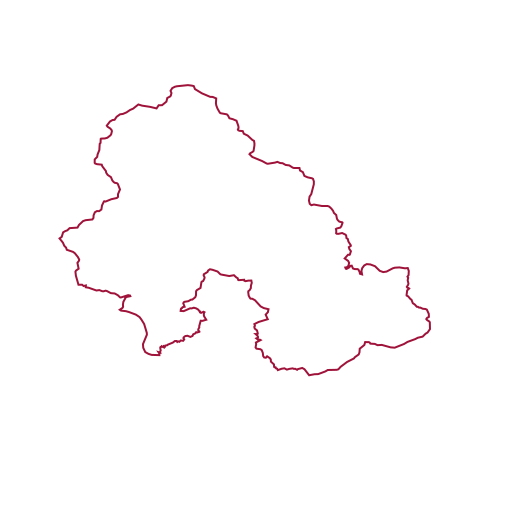 outline of Tran Yen, Yên Bái, Vietnam, rotated 113°
{"feature_id": "81297802B887089272157", "entity_name": "Tran Yen", "entity_type": "district", "adm_level": 2, "iso_a3": "VNM", "parent_name": "Vietnam", "parent_adm1": "Yên Bái", "projection": "natural_earth1", "projection_center": [104.812, 21.705], "detail": "fine", "context": "isolated", "style": "outline", "palette": "rose", "viewbox_px": 512, "rotation_deg": 113, "n_neighbors": 0, "source": "geoboundaries", "source_scale": "gbopen_adm2", "svg_char_len": 6137}
<svg xmlns="http://www.w3.org/2000/svg" viewBox="0 0 512 512"><g transform="rotate(113 256 256)"><path d="M387.8,313.4L385.0,306.2L383.4,307.0L382.6,308.2L382.4,306.3L381.5,306.9L380.3,306.8L377.9,308.3L376.9,308.3L376.5,307.3L375.9,307.4L376.1,305.1L375.0,305.5L375.0,304.4L373.9,304.5L372.8,302.8L372.1,302.6L368.2,298.7L366.0,297.5L365.3,295.9L365.9,294.9L365.0,294.4L364.9,293.0L363.2,292.3L362.5,289.9L360.8,289.5L360.0,290.7L359.3,290.8L357.9,290.2L357.2,289.6L356.2,287.9L356.1,284.8L354.4,283.2L352.6,283.2L350.9,281.6L349.5,281.3L349.4,280.3L347.9,278.5L347.6,278.6L347.1,280.0L346.0,280.5L343.9,280.3L342.6,280.9L337.2,281.6L336.6,279.9L334.1,276.9L331.8,280.2L330.7,281.0L328.6,281.7L327.9,281.5L327.8,282.5L329.7,284.2L329.9,285.0L329.7,285.6L328.9,285.8L328.9,286.5L327.9,288.3L327.6,290.6L327.9,293.0L329.4,294.8L329.9,296.2L335.0,301.0L336.0,303.9L334.6,304.3L333.6,304.4L332.7,303.7L331.8,303.6L330.6,301.9L327.9,304.5L326.8,304.4L326.1,303.9L324.0,300.6L321.7,298.9L320.9,297.5L317.7,295.8L315.6,295.9L311.8,297.4L310.5,297.1L307.1,294.6L301.5,296.0L300.9,296.0L299.7,294.9L296.9,294.7L295.7,295.0L294.2,296.7L293.2,296.9L289.7,294.4L288.1,294.4L286.2,293.2L285.7,290.7L285.3,285.3L286.7,281.8L286.7,281.0L284.9,272.8L282.3,268.8L283.4,265.8L283.6,264.2L285.0,263.0L285.0,262.5L282.5,257.6L283.3,257.1L283.3,255.9L281.7,253.5L280.4,250.7L282.4,249.4L285.2,249.1L287.6,248.2L289.8,248.5L291.4,249.3L292.2,249.1L295.3,247.3L296.8,245.5L297.4,244.4L296.8,242.7L297.1,239.7L300.6,232.0L300.9,228.5L300.1,223.7L303.1,223.1L306.2,224.2L309.6,220.5L315.6,227.7L319.3,230.9L320.7,229.7L321.9,229.9L323.3,228.8L324.1,226.0L326.6,224.1L326.9,224.0L327.5,224.6L328.0,225.8L328.8,223.6L329.7,222.5L330.4,222.3L331.7,223.5L332.2,221.6L331.5,219.5L331.6,218.9L335.7,222.3L337.0,221.4L340.3,220.7L341.1,219.4L340.1,215.5L340.4,214.0L342.5,211.9L345.3,210.3L346.2,208.8L345.8,207.2L344.0,206.6L344.6,203.4L345.4,202.0L347.4,201.0L348.8,197.1L351.0,196.0L351.2,195.3L350.8,194.5L351.6,193.7L351.5,192.5L352.5,191.3L349.8,188.4L348.3,186.0L348.5,183.2L346.8,181.1L345.1,178.3L345.1,177.0L344.5,175.8L344.7,173.7L343.8,173.3L341.0,169.7L341.3,167.1L345.0,160.5L342.0,156.0L340.4,152.6L335.2,147.1L332.9,145.4L329.2,137.2L328.1,135.9L324.9,134.8L318.0,130.8L312.0,125.8L310.6,125.5L306.5,123.0L304.3,123.1L300.8,124.3L295.6,121.5L292.6,121.9L291.2,118.5L291.3,117.4L292.0,116.5L290.5,112.3L290.6,109.3L288.7,105.5L287.5,96.4L286.2,92.5L279.1,85.3L275.9,83.0L270.3,77.0L268.0,75.1L265.1,71.1L261.2,69.5L259.5,68.2L255.3,67.3L249.1,70.1L248.6,70.8L248.1,73.5L247.5,74.6L246.0,74.3L244.7,73.1L244.1,73.2L241.7,74.4L238.6,77.8L238.6,79.4L239.4,81.9L239.3,84.6L239.8,85.8L239.5,87.1L239.9,88.1L238.6,90.9L238.2,93.2L235.5,95.8L235.2,97.2L233.7,100.2L233.6,101.8L233.3,102.1L228.6,103.4L226.1,102.3L225.9,103.0L226.0,104.3L225.5,105.1L223.0,104.7L221.8,104.9L219.1,106.9L216.6,107.4L215.9,108.5L214.0,108.1L210.1,109.5L207.8,111.6L209.1,114.0L210.5,119.6L212.5,123.6L213.9,125.3L219.3,129.7L221.1,132.6L221.3,136.3L218.9,142.5L219.1,147.5L220.2,150.9L222.4,152.7L225.7,153.5L228.6,153.1L231.5,151.2L231.7,153.4L230.3,154.3L228.5,156.4L228.4,157.3L229.5,160.1L229.6,161.9L227.5,164.1L228.1,165.2L230.0,165.7L232.5,167.6L232.6,168.4L231.7,169.3L230.9,168.0L228.9,167.1L225.9,167.6L224.5,169.3L223.6,173.4L218.9,171.8L218.3,170.3L217.8,170.2L214.5,170.5L213.1,172.8L211.6,174.0L209.7,172.7L209.1,172.9L206.6,176.6L204.5,178.1L204.2,179.7L202.1,180.9L201.4,181.8L201.2,185.7L203.4,188.8L204.0,190.4L203.8,191.1L201.5,191.9L199.9,193.0L199.2,192.5L196.9,189.5L195.3,189.1L191.6,189.3L191.3,189.7L191.8,192.8L190.9,195.0L190.0,196.1L186.9,198.2L185.9,201.1L184.3,202.7L182.9,205.2L181.9,207.9L182.0,209.6L184.2,214.8L186.0,222.8L187.6,224.9L187.0,226.9L184.3,228.9L180.4,229.9L177.5,229.3L167.4,230.8L164.7,231.9L162.7,233.7L162.6,234.9L163.4,239.1L163.4,242.7L160.5,245.6L160.1,248.9L158.0,250.4L160.2,255.6L160.3,256.9L159.6,260.7L160.6,264.3L160.2,267.8L161.0,270.1L161.0,273.1L162.6,275.0L166.5,281.2L166.7,282.4L166.2,287.4L166.3,298.1L164.8,301.8L163.7,301.5L161.5,299.8L160.3,299.3L155.0,300.6L153.0,301.4L150.8,302.8L150.6,304.7L148.4,310.7L148.2,315.0L146.2,317.0L147.2,320.1L147.2,321.4L146.7,322.1L144.9,322.1L143.3,323.0L139.1,326.8L139.1,330.7L139.6,334.3L137.6,336.7L137.0,338.2L138.4,344.4L138.2,345.3L135.4,349.0L132.9,351.4L131.0,352.6L126.5,354.2L126.5,358.0L127.4,360.4L127.4,369.3L126.2,377.4L123.9,379.7L124.3,381.9L125.3,385.4L130.7,395.2L131.9,396.8L134.2,398.7L137.4,399.2L139.0,397.5L141.6,397.1L142.6,397.3L145.2,399.4L148.9,398.8L153.9,401.4L155.3,404.5L159.0,405.2L160.1,411.8L162.1,419.6L162.5,423.5L168.4,426.7L170.8,429.0L174.4,431.3L177.2,434.0L178.7,436.5L182.3,438.7L185.9,439.4L186.9,441.2L189.3,443.0L194.3,444.3L195.0,443.2L195.6,439.9L196.6,438.0L197.4,437.4L200.4,436.9L201.7,437.1L205.2,439.0L206.8,441.0L208.5,444.5L208.9,444.7L212.6,443.3L213.8,443.7L219.7,441.6L224.5,441.5L226.8,440.9L230.1,442.2L233.3,440.9L233.7,440.2L233.6,438.3L232.2,433.7L233.5,432.5L236.5,427.3L237.8,426.5L239.3,424.3L240.1,420.3L242.6,417.8L243.5,416.0L243.8,414.7L243.3,412.4L243.7,411.3L247.9,407.2L253.0,407.2L255.5,406.1L257.0,406.8L260.2,411.3L264.7,415.8L264.9,417.1L265.2,417.3L269.6,417.5L273.6,416.5L276.0,417.9L276.8,420.0L278.7,421.4L282.0,421.4L284.5,420.5L286.3,420.9L289.6,426.8L291.4,428.8L296.6,431.1L299.6,431.4L303.2,438.5L306.1,439.7L307.7,441.4L309.6,442.8L314.3,442.3L316.6,443.7L319.2,438.9L321.5,436.5L322.5,434.1L324.2,432.6L323.7,426.0L324.2,423.9L326.5,419.6L328.3,417.4L329.4,417.1L332.1,417.7L337.0,414.3L339.8,416.0L341.0,416.1L344.5,414.1L351.8,408.2L350.4,404.8L351.0,403.0L349.6,401.1L351.3,400.5L350.6,397.6L350.1,389.4L348.6,386.9L348.5,383.8L348.1,382.6L346.7,380.9L346.5,379.6L346.9,375.1L345.7,371.4L346.1,367.8L347.2,365.0L347.0,364.2L342.0,358.4L341.6,356.5L342.1,356.0L344.1,358.9L345.6,360.1L346.2,359.8L350.0,360.2L352.7,359.5L354.7,358.5L355.9,358.6L358.7,360.4L359.0,358.9L357.6,354.1L357.2,350.8L356.9,343.7L357.7,339.4L359.2,336.8L362.3,332.4L369.4,326.5L371.1,325.7L381.3,325.6L384.6,323.9L387.7,320.4L388.1,316.7L387.8,313.4Z" fill="none" stroke="#9f1239" stroke-width="2"/></g></svg>